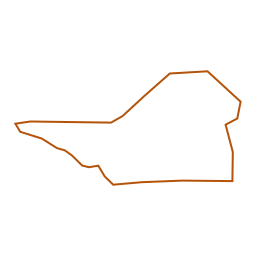 the County of Amolatar
{"feature_id": "UGA-3070", "entity_name": "Amolatar", "entity_type": "County", "adm_level": 1, "iso_a3": "UGA", "parent_name": "Uganda", "parent_adm1": "", "projection": "albers", "projection_center": [32.647, 1.635], "detail": "fine", "context": "isolated", "style": "outline", "palette": "amber", "viewbox_px": 256, "rotation_deg": 0, "n_neighbors": 0, "source": "natural_earth", "source_scale": "10m", "svg_char_len": 424}
<svg xmlns="http://www.w3.org/2000/svg" viewBox="0 0 256 256"><path d="M207.5,71.3L240.6,101.7L237.3,118.5L225.6,124.7L232.8,152.0L232.4,181.1L182.2,180.6L141.7,182.2L113.2,184.7L104.7,176.4L98.3,165.7L88.8,167.2L82.1,165.5L72.0,155.5L64.9,150.4L56.9,148.1L41.9,138.6L20.2,131.8L15.4,123.7L30.3,121.5L88.1,122.3L111.1,122.6L122.5,116.1L144.2,96.1L169.8,73.5L207.5,71.3Z" fill="none" stroke="#b45309" stroke-width="2"/></svg>